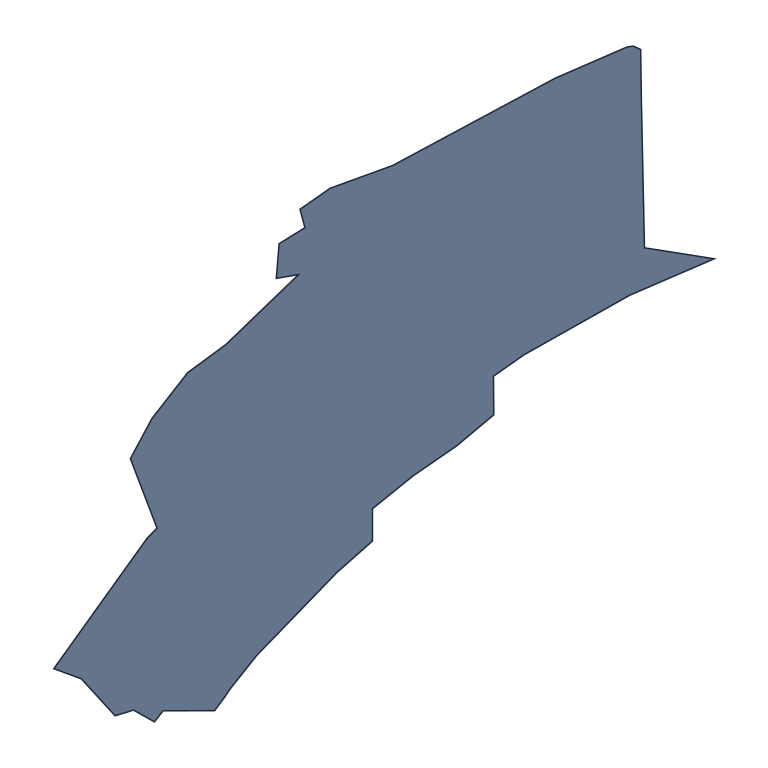 Mifflin, Pennsylvania, United States of America (orthographic projection)
{"feature_id": "52423323B27550488562825", "entity_name": "Mifflin", "entity_type": "district", "adm_level": 2, "iso_a3": "USA", "parent_name": "United States of America", "parent_adm1": "Pennsylvania", "projection": "orthographic", "projection_center": [-77.632, 40.604], "detail": "fine", "context": "isolated", "style": "filled", "palette": "slate", "viewbox_px": 768, "rotation_deg": 0, "n_neighbors": 0, "source": "geoboundaries", "source_scale": "gbopen_adm2", "svg_char_len": 606}
<svg xmlns="http://www.w3.org/2000/svg" viewBox="0 0 768 768"><path d="M714.2,258.8L644.5,247.8L641.4,101.1L640.7,49.5L633.3,46.1L627.0,47.0L555.3,78.1L392.6,165.5L330.2,188.2L300.0,209.3L304.9,227.7L279.1,243.7L276.3,278.4L298.5,274.6L225.8,344.6L187.7,372.6L151.9,418.6L130.4,458.7L157.0,528.1L147.1,538.2L53.8,668.7L81.4,678.9L115.1,715.8L133.5,710.1L154.4,721.9L163.1,710.8L214.6,710.7L224.8,697.0L230.5,688.5L256.8,655.4L337.1,572.3L372.5,541.0L372.5,508.7L413.1,475.9L456.9,445.7L493.8,414.8L493.5,376.2L523.7,355.0L629.8,295.2L714.2,258.8Z" fill="#64748b" stroke="#1e293b" stroke-width="1.5"/></svg>